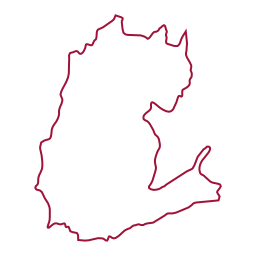 the border of Napo
{"feature_id": "ECU-1290", "entity_name": "Napo", "entity_type": "Province", "adm_level": 1, "iso_a3": "ECU", "parent_name": "Ecuador", "parent_adm1": "", "projection": "equal_earth", "projection_center": [-77.718, -0.603], "detail": "fine", "context": "isolated", "style": "outline", "palette": "rose", "viewbox_px": 256, "rotation_deg": 0, "n_neighbors": 0, "source": "natural_earth", "source_scale": "10m", "svg_char_len": 3925}
<svg xmlns="http://www.w3.org/2000/svg" viewBox="0 0 256 256"><path d="M48.9,227.7L48.0,227.7L47.6,226.9L48.1,225.0L49.2,221.8L49.6,220.0L49.8,217.5L49.8,209.2L49.3,206.6L48.1,203.4L44.8,198.2L41.9,192.1L39.8,190.4L36.8,189.7L35.8,188.8L35.3,187.6L35.7,186.4L36.4,185.6L37.3,184.8L37.9,183.6L38.2,182.0L38.2,179.5L38.4,177.8L39.1,175.3L40.5,172.5L42.0,168.9L42.4,165.5L42.3,161.5L41.6,155.3L40.2,148.9L40.1,147.1L41.2,142.5L44.0,140.7L45.6,140.1L49.0,139.2L50.1,138.3L50.8,136.9L51.3,134.4L51.8,129.6L52.5,127.3L53.8,125.0L56.2,121.7L57.7,118.9L58.9,115.4L59.1,113.1L59.0,111.2L59.3,109.3L59.9,107.4L61.5,103.7L62.2,101.4L62.4,99.5L60.5,94.7L61.1,92.0L62.6,88.7L66.2,82.0L67.9,77.8L68.8,73.7L69.2,57.7L69.0,55.7L69.4,54.4L70.1,53.1L71.5,52.6L72.7,52.4L75.8,51.1L76.8,51.1L77.8,51.6L79.2,53.3L80.0,53.8L81.0,53.8L82.5,52.8L83.7,51.3L85.3,47.8L85.6,46.0L86.0,44.6L86.5,44.2L87.7,44.3L90.5,45.2L91.8,45.2L92.5,44.5L94.0,41.2L94.7,40.2L95.5,39.7L96.1,38.9L96.5,36.9L96.8,32.3L97.2,30.7L98.2,29.5L103.0,27.3L112.3,20.8L113.9,19.3L115.6,15.4L121.3,17.3L122.6,18.2L122.7,18.6L122.6,19.0L122.6,19.4L122.5,19.7L122.4,20.0L122.2,20.3L122.1,20.5L121.9,20.9L121.8,21.7L121.9,23.4L122.6,29.3L123.5,32.8L125.3,34.3L127.7,34.9L140.8,35.4L144.5,36.6L146.2,37.6L147.7,38.8L148.5,38.5L149.9,37.2L152.8,33.2L154.2,32.0L156.5,31.6L157.7,31.0L158.6,30.1L159.0,29.2L159.4,28.5L160.0,28.1L160.7,27.7L162.5,26.0L164.0,25.2L164.8,25.7L165.4,27.0L165.8,28.8L166.3,30.2L166.7,31.0L166.8,31.8L166.6,32.6L166.2,33.6L166.0,34.5L166.0,35.4L166.5,36.9L166.6,37.8L166.5,38.7L166.3,39.8L166.1,41.0L166.1,42.1L166.4,43.2L167.6,43.9L173.7,45.8L176.0,46.1L177.5,46.0L178.3,45.4L179.2,44.4L180.0,42.9L181.3,39.1L182.4,36.8L185.8,31.4L187.1,44.0L186.8,45.7L186.5,50.6L186.0,53.1L186.0,54.8L186.8,57.0L187.6,58.6L189.4,61.6L191.0,64.8L191.3,66.0L191.2,67.4L191.0,68.4L190.8,69.3L190.6,70.1L191.8,73.4L191.7,76.0L191.3,77.4L190.5,78.5L189.9,79.4L189.6,80.6L189.8,83.4L189.3,85.0L188.1,86.4L186.7,87.5L182.7,89.8L182.3,90.9L182.2,92.4L182.3,95.2L181.9,96.3L181.3,96.6L179.7,95.9L178.9,96.0L178.3,96.6L177.8,97.8L176.4,102.3L173.2,109.2L172.0,110.5L170.5,111.4L168.8,111.7L166.2,111.2L163.0,109.7L160.1,107.9L154.5,103.3L152.6,102.3L151.5,102.6L151.0,104.0L151.0,105.5L151.1,107.7L150.6,109.0L149.7,110.2L145.6,113.5L144.3,114.9L143.6,116.3L143.4,117.7L143.7,119.2L145.3,120.4L146.7,120.9L148.0,121.8L149.5,123.5L153.1,129.7L154.6,133.5L155.3,134.7L157.0,136.2L158.1,137.4L158.9,139.3L159.8,143.8L159.9,146.1L159.6,147.8L157.7,151.1L156.8,153.4L155.8,156.4L155.0,159.6L154.9,162.2L156.0,167.7L155.6,170.4L152.6,180.3L151.4,182.9L150.3,184.7L149.0,186.4L149.0,187.9L150.7,189.2L153.7,189.9L156.9,189.6L159.5,188.8L161.7,187.5L162.1,187.1L164.6,186.2L166.0,184.8L186.9,171.3L191.7,169.1L192.7,168.3L194.4,165.3L197.7,156.8L203.6,149.3L205.4,148.2L207.0,146.6L208.9,146.7L209.9,147.5L210.1,148.6L209.6,150.7L208.4,152.7L202.0,160.7L200.5,163.6L199.6,166.6L199.4,169.4L199.9,172.3L200.6,173.8L202.0,174.7L203.2,175.2L204.2,176.0L210.2,181.5L212.5,182.6L218.1,183.8L219.8,184.4L220.5,185.3L220.7,186.5L219.7,188.2L217.5,191.0L217.1,192.1L217.7,193.5L218.4,194.5L219.6,196.4L218.5,200.4L196.4,202.5L194.5,202.9L193.0,203.7L191.6,205.2L188.6,207.4L176.1,212.6L172.5,213.4L168.0,213.4L166.6,214.0L164.9,215.4L153.2,222.6L146.9,223.5L145.1,224.0L143.4,225.0L142.1,225.1L140.7,224.9L138.8,224.3L137.2,224.6L135.5,225.2L133.6,225.5L132.4,226.2L129.8,228.3L128.1,228.8L125.4,230.1L124.0,231.1L119.0,235.7L115.8,237.9L113.8,238.4L112.2,237.9L111.0,237.0L109.8,236.4L109.0,236.5L108.6,237.2L107.8,239.6L107.1,240.6L105.7,240.4L104.6,239.5L103.2,238.6L101.2,238.3L97.9,238.2L88.6,240.3L84.9,240.6L78.2,240.0L78.1,235.7L77.7,234.2L76.8,233.0L72.4,232.1L70.3,231.2L69.0,227.7L68.5,226.8L67.7,226.8L66.3,227.1L65.7,226.7L65.3,225.1L65.0,224.0L64.3,223.4L63.0,223.7L60.8,224.4L59.7,224.3L56.8,223.4L55.0,223.4L53.5,224.0L48.9,227.7Z" fill="none" stroke="#9f1239" stroke-width="2"/></svg>